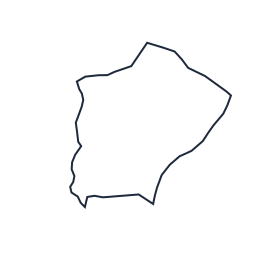 outline of Fitri, Batha, Chad, rotated 36°
{"feature_id": "50815135B60006364885554", "entity_name": "Fitri", "entity_type": "district", "adm_level": 2, "iso_a3": "TCD", "parent_name": "Chad", "parent_adm1": "Batha", "projection": "orthographic", "projection_center": [17.521, 12.811], "detail": "fine", "context": "isolated", "style": "outline", "palette": "slate", "viewbox_px": 256, "rotation_deg": 36, "n_neighbors": 0, "source": "geoboundaries", "source_scale": "gbopen_adm2", "svg_char_len": 744}
<svg xmlns="http://www.w3.org/2000/svg" viewBox="0 0 256 256"><g transform="rotate(36 128 128)"><path d="M93.4,47.8L94.3,76.0L84.1,90.5L80.2,97.4L73.4,102.4L63.3,111.5L59.3,120.4L65.7,125.2L70.5,127.3L75.3,131.6L78.0,137.9L81.5,150.2L82.6,154.3L89.1,161.1L95.8,168.4L100.8,170.2L101.0,180.7L102.9,188.5L106.7,194.5L112.9,198.4L115.4,203.8L115.8,209.6L120.2,213.4L120.4,213.4L127.6,213.0L133.7,216.3L139.6,217.3L135.6,207.7L140.8,202.5L148.5,198.8L175.7,175.5L193.0,174.7L189.5,167.0L186.5,159.1L182.9,146.2L183.4,133.2L186.3,120.7L192.8,109.2L196.2,94.7L195.7,84.4L195.6,75.6L196.7,60.5L195.1,51.5L192.2,41.2L186.3,40.6L159.7,40.7L141.3,44.0L131.3,40.9L120.8,38.7L110.8,41.8L93.4,47.8Z" fill="none" stroke="#1e293b" stroke-width="2"/></g></svg>